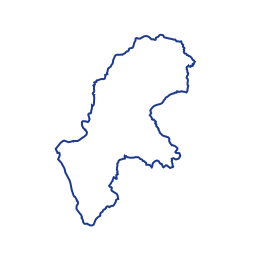 Pasaman, Sumatera Barat, Indonesia, rotated 224°
{"feature_id": "22746128B82897046958257", "entity_name": "Pasaman", "entity_type": "district", "adm_level": 2, "iso_a3": "IDN", "parent_name": "Indonesia", "parent_adm1": "Sumatera Barat", "projection": "mercator", "projection_center": [100.034, 0.4], "detail": "fine", "context": "isolated", "style": "outline", "palette": "blue", "viewbox_px": 256, "rotation_deg": 224, "n_neighbors": 0, "source": "geoboundaries", "source_scale": "gbopen_adm2", "svg_char_len": 5875}
<svg xmlns="http://www.w3.org/2000/svg" viewBox="0 0 256 256"><g transform="rotate(224 128 128)"><path d="M170.4,213.0L170.5,212.4L169.8,211.3L169.5,210.6L169.9,210.0L171.3,209.6L172.3,208.4L172.9,208.1L175.6,208.1L176.5,207.9L177.7,207.5L179.0,206.6L180.1,205.1L181.3,200.8L182.8,199.4L184.2,198.8L184.7,197.8L183.3,195.9L182.7,193.7L180.8,190.3L180.4,189.0L182.2,186.2L182.1,185.2L181.4,184.4L181.4,183.8L181.4,183.0L182.1,182.1L182.2,181.4L182.1,179.5L182.8,177.8L182.9,176.9L183.1,176.6L183.6,176.4L185.2,174.5L186.0,173.9L187.0,172.8L187.4,171.8L187.4,170.9L185.6,166.1L184.5,165.0L183.8,163.3L183.7,161.7L183.1,160.3L183.6,156.8L182.2,154.7L181.1,152.6L180.4,152.5L181.0,150.6L181.2,150.2L180.4,149.9L179.1,147.5L179.3,146.4L181.3,144.6L183.0,141.1L183.6,140.5L183.6,140.1L182.9,139.3L182.8,139.0L183.7,137.9L183.9,137.3L182.6,136.8L182.1,136.3L181.9,135.6L182.5,135.0L182.4,134.5L181.2,134.3L180.8,133.6L180.0,133.0L179.6,132.3L178.8,131.9L177.9,131.0L177.6,130.4L177.5,128.6L176.3,127.9L175.9,127.9L175.3,128.3L174.8,127.3L174.4,126.9L173.8,126.8L173.1,126.1L169.3,121.7L168.9,121.0L168.6,119.8L168.8,119.2L169.6,119.2L167.6,117.1L167.2,116.4L166.8,115.4L166.4,115.1L166.2,114.5L165.4,113.7L165.2,113.3L165.1,112.6L165.3,112.3L165.5,112.5L165.6,112.3L165.7,111.8L166.1,111.2L166.0,110.2L165.2,109.5L163.7,108.9L162.9,108.2L162.0,107.9L161.1,106.2L160.9,105.3L161.0,104.4L161.9,104.0L163.6,103.0L165.2,101.5L165.3,100.5L164.6,99.5L162.6,97.8L160.9,97.1L159.6,96.9L158.7,97.1L157.8,96.7L157.4,97.1L156.8,97.1L156.2,96.7L154.7,96.5L153.9,95.6L153.2,94.0L153.6,90.9L154.1,88.9L154.6,85.6L155.2,83.7L156.4,82.4L157.0,82.0L157.8,80.9L158.1,80.9L158.1,80.4L158.4,80.4L160.9,76.5L165.2,74.6L165.8,73.4L166.2,70.5L165.6,64.4L165.6,62.9L164.1,62.1L162.5,61.8L161.5,61.0L161.2,61.2L160.4,62.4L160.0,62.4L159.2,61.9L157.9,60.6L156.5,56.9L151.9,56.7L145.3,54.6L142.1,52.5L133.3,49.6L130.9,48.2L125.5,44.4L120.7,41.9L119.1,41.3L118.6,41.6L118.0,41.7L116.4,41.1L115.2,40.9L114.1,40.0L113.5,40.3L112.4,39.9L111.1,38.1L111.1,37.1L110.8,36.3L109.3,34.3L107.2,33.6L101.1,32.8L99.3,32.0L99.3,31.6L98.9,31.0L97.7,30.9L95.6,29.9L95.1,29.3L93.6,28.8L92.4,29.1L90.8,30.9L89.8,30.9L89.2,31.3L87.6,31.6L86.3,32.8L85.7,34.1L85.6,34.6L86.1,35.9L87.7,39.8L87.7,43.1L87.0,45.7L87.1,45.9L88.0,46.5L88.4,47.0L88.6,48.3L88.2,50.3L88.8,51.5L88.6,52.5L88.1,53.7L88.4,54.5L88.2,55.2L88.7,55.9L88.5,57.2L88.1,57.7L86.4,58.1L86.2,58.5L86.3,59.3L85.6,60.7L84.7,61.6L84.6,62.3L85.4,66.2L86.5,67.6L86.3,69.1L85.7,70.1L88.8,72.3L90.0,72.7L91.2,72.6L92.8,72.2L96.3,71.6L97.0,71.9L97.8,73.4L98.4,73.9L98.7,73.9L100.1,73.1L100.8,73.1L101.4,73.3L101.5,73.6L101.8,76.4L102.4,78.2L102.3,79.2L103.2,80.4L103.4,81.3L104.1,82.5L104.1,82.8L101.1,83.2L100.9,83.7L101.1,84.0L102.3,84.7L103.7,85.9L103.2,87.4L103.2,87.8L104.5,88.1L104.8,88.3L104.9,89.1L105.2,89.4L107.1,90.3L108.6,92.2L109.3,93.5L110.9,94.8L111.1,96.6L111.8,97.5L111.9,97.8L111.8,99.5L110.9,100.8L110.2,102.4L109.0,103.7L109.3,104.4L110.8,105.3L111.1,105.8L110.5,105.9L110.0,106.4L108.2,106.5L106.3,107.8L104.6,109.2L104.1,109.9L103.1,110.8L102.6,112.0L100.7,113.8L100.0,114.2L99.1,114.3L97.8,114.2L96.6,114.8L95.7,115.0L94.5,114.6L93.4,115.3L92.0,115.3L91.2,115.6L90.8,115.5L89.3,114.3L86.8,116.5L83.6,116.2L83.8,117.0L85.4,119.4L85.6,120.0L85.6,122.5L84.6,124.7L83.9,125.2L82.6,125.4L80.2,124.8L79.6,124.9L79.1,125.4L78.6,125.6L76.6,124.5L75.4,124.3L75.1,124.4L75.0,124.9L75.0,126.4L74.8,127.4L74.6,127.7L73.7,128.2L71.3,128.3L69.9,128.5L69.4,130.0L68.6,130.8L68.6,131.5L69.2,131.9L69.9,132.1L72.2,133.8L73.4,134.4L73.7,134.6L73.8,135.3L74.4,135.8L75.1,136.1L74.8,137.2L74.3,137.9L71.9,138.5L71.6,138.7L71.0,140.1L70.6,140.5L70.3,141.3L70.8,143.6L71.1,144.2L72.1,144.9L73.4,145.6L73.9,145.4L75.3,144.0L76.1,143.5L77.1,143.5L77.4,143.9L77.6,146.3L77.8,147.2L78.7,147.9L81.7,147.6L83.9,146.7L84.5,146.0L85.4,146.3L86.1,146.2L89.0,147.0L90.0,147.9L90.4,148.7L91.3,149.1L92.7,149.2L93.9,148.5L95.1,148.1L95.4,147.7L97.9,146.7L101.8,146.7L102.9,147.4L104.6,147.8L104.8,148.1L105.6,148.3L105.7,148.8L106.5,148.9L107.5,148.8L108.0,149.1L109.2,149.1L110.0,150.1L110.9,150.1L110.8,150.4L111.5,150.5L111.6,151.0L112.4,151.2L112.5,151.9L114.7,151.8L115.1,152.0L116.3,151.0L116.8,150.9L117.2,151.4L118.4,152.0L121.2,152.4L121.2,153.0L121.6,153.9L121.7,154.9L122.2,155.0L123.0,155.4L123.4,155.9L124.0,156.0L124.6,158.4L124.7,160.1L124.5,161.9L123.6,164.2L121.4,167.8L120.8,169.5L121.1,171.7L121.5,173.0L121.4,174.3L121.9,175.8L121.9,176.4L121.3,177.9L121.1,180.6L120.8,181.4L120.0,183.5L119.2,184.4L118.7,186.2L118.4,186.8L118.0,186.8L117.9,187.3L117.6,187.4L117.4,188.7L117.6,188.8L117.0,189.1L116.1,189.8L115.2,191.1L115.1,191.6L113.8,192.3L112.2,193.5L110.8,194.0L110.7,194.5L111.2,196.2L112.2,197.1L112.3,197.6L113.0,198.4L114.0,200.3L114.9,200.3L115.5,200.7L116.8,202.2L117.9,203.8L118.3,204.2L119.3,204.7L120.0,204.7L120.8,204.9L121.7,206.6L121.7,207.6L122.7,209.1L123.0,209.3L123.7,209.2L125.8,210.9L126.6,211.0L126.9,211.6L127.6,211.9L128.0,212.5L128.1,213.0L127.8,213.7L127.9,214.7L127.2,214.4L126.2,215.5L126.0,215.2L125.7,215.3L125.6,215.5L125.9,216.1L125.4,216.2L125.3,216.9L124.7,217.5L124.9,218.5L125.3,218.0L125.8,218.6L125.9,219.1L125.3,219.4L125.4,220.2L126.0,221.5L125.9,221.8L126.0,222.1L126.4,222.0L127.2,222.4L128.6,222.0L130.0,222.3L130.7,222.6L132.6,222.7L133.6,222.5L134.4,222.0L135.5,222.0L136.4,221.4L137.2,221.7L137.7,221.8L138.4,221.5L138.9,221.0L139.6,221.0L141.0,221.7L141.0,222.3L141.3,222.7L142.5,223.1L142.7,224.5L142.8,224.6L143.5,224.8L145.0,224.6L146.2,226.2L147.3,226.0L148.1,226.1L149.4,227.0L150.0,227.2L150.4,226.5L151.2,225.7L152.0,225.3L153.1,224.2L153.8,224.1L155.4,224.4L155.6,224.0L160.1,221.3L160.7,220.8L161.2,220.7L162.4,219.8L165.0,218.4L165.5,218.4L166.4,218.9L167.5,219.0L167.8,218.8L168.2,218.4L169.2,217.8L169.6,217.4L169.8,216.7L169.7,214.3L170.4,213.0Z" fill="none" stroke="#1e3a8a" stroke-width="2"/></g></svg>